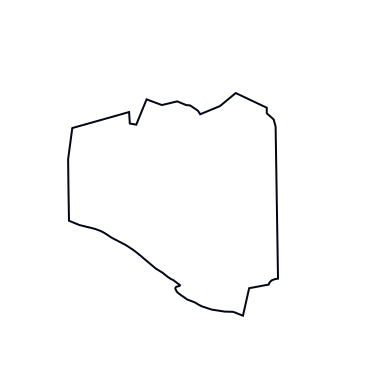 the district of Mercer, West Virginia, United States of America, rotated 49°
{"feature_id": "52423323B88049032816505", "entity_name": "Mercer", "entity_type": "district", "adm_level": 2, "iso_a3": "USA", "parent_name": "United States of America", "parent_adm1": "West Virginia", "projection": "natural_earth1", "projection_center": [-81.073, 37.416], "detail": "fine", "context": "isolated", "style": "outline", "palette": "ink", "viewbox_px": 384, "rotation_deg": 49, "n_neighbors": 0, "source": "geoboundaries", "source_scale": "gbopen_adm2", "svg_char_len": 850}
<svg xmlns="http://www.w3.org/2000/svg" viewBox="0 0 384 384"><g transform="rotate(49 192 192)"><path d="M65.2,240.4L86.0,264.0L108.5,283.1L133.0,303.7L143.0,298.7L156.2,289.4L161.7,286.4L165.7,284.9L173.9,282.6L188.6,276.8L197.4,274.3L202.8,273.2L225.9,269.6L233.5,267.2L240.2,266.0L244.1,264.9L246.3,263.9L254.4,262.2L254.7,263.2L253.2,266.0L253.6,267.6L254.2,268.1L257.3,268.9L260.9,268.4L270.1,266.1L275.0,263.4L278.4,261.8L280.4,261.3L284.3,259.8L293.5,254.4L303.7,245.8L309.1,239.9L311.0,238.7L318.8,234.7L302.1,212.0L312.2,194.8L311.4,193.4L311.0,191.6L311.0,189.8L312.0,186.9L313.8,183.9L197.5,86.0L190.9,82.8L181.7,83.9L177.4,80.3L146.0,94.1L145.5,114.5L138.7,134.8L134.5,134.2L125.5,136.6L122.5,139.4L113.9,143.7L106.6,157.7L92.3,165.5L104.6,189.9L99.5,194.0L90.4,187.0L65.2,240.4Z" fill="none" stroke="#020617" stroke-width="2"/></g></svg>